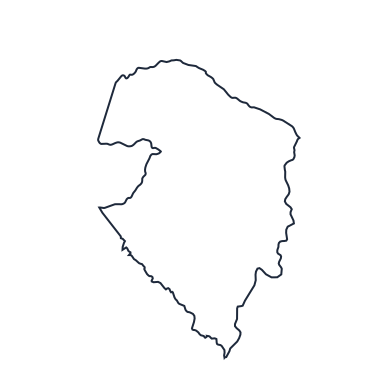 the Department of Concepción, rotated 217°
{"feature_id": "PRY-603", "entity_name": "Concepción", "entity_type": "Department", "adm_level": 1, "iso_a3": "PRY", "parent_name": "Paraguay", "parent_adm1": "", "projection": "robinson", "projection_center": [-57.042, -22.793], "detail": "fine", "context": "isolated", "style": "outline", "palette": "slate", "viewbox_px": 384, "rotation_deg": 217, "n_neighbors": 0, "source": "natural_earth", "source_scale": "10m", "svg_char_len": 4958}
<svg xmlns="http://www.w3.org/2000/svg" viewBox="0 0 384 384"><g transform="rotate(217 192 192)"><path d="M66.4,79.3L66.5,79.4L68.0,80.8L69.3,83.3L71.0,85.3L75.6,86.9L77.1,86.9L79.4,85.8L80.4,85.7L81.5,86.4L83.5,88.7L84.1,89.3L85.8,88.8L88.0,86.8L89.4,86.9L90.8,87.2L91.8,87.0L93.5,86.1L93.2,85.9L93.2,85.0L93.5,84.1L93.7,83.6L94.2,83.5L95.6,84.0L96.1,84.0L98.8,82.9L100.6,83.1L102.4,83.7L105.2,83.8L106.7,83.4L107.8,82.7L108.8,82.4L110.0,83.1L112.2,89.4L113.8,92.6L115.6,94.5L117.9,95.2L121.2,94.6L122.4,94.1L123.0,93.7L123.7,93.5L125.4,93.7L126.4,94.1L129.6,96.4L134.9,95.0L136.1,95.1L138.9,96.3L140.4,96.4L142.4,97.2L146.9,100.3L147.8,100.3L148.3,99.3L149.4,99.6L151.5,100.9L153.1,100.9L153.8,100.0L154.0,99.0L154.2,98.5L156.3,98.7L162.4,100.3L165.0,99.8L168.4,96.8L170.3,96.3L170.9,96.9L171.3,99.3L172.3,100.2L173.6,100.3L174.4,99.9L175.2,99.3L176.2,99.1L178.5,99.4L182.6,101.1L183.8,101.8L183.9,102.1L184.0,102.8L184.7,103.5L187.1,103.9L187.9,104.2L188.7,104.3L189.7,103.8L191.4,103.3L195.8,103.7L198.0,103.5L201.4,104.7L202.9,104.8L204.4,103.7L204.3,106.2L204.9,106.8L206.1,106.6L207.4,106.7L209.8,108.0L211.2,108.1L212.7,104.0L214.3,106.4L215.7,110.4L216.0,112.4L219.2,112.9L221.0,112.3L222.2,113.7L251.1,121.5L256.7,123.8L256.1,124.3L252.9,126.1L252.2,126.7L246.3,135.7L245.3,136.6L240.9,139.8L240.2,140.6L239.7,141.5L239.3,142.4L239.2,143.5L239.8,146.9L239.6,148.2L239.2,149.0L237.8,150.1L237.5,150.9L237.5,152.0L238.2,155.2L238.3,156.1L238.2,159.1L238.5,162.1L238.5,163.9L238.2,165.4L237.8,166.6L237.6,168.4L237.9,169.9L238.5,171.0L239.8,172.8L240.0,174.0L240.0,175.1L239.6,177.5L239.9,178.6L240.5,179.3L241.3,179.8L242.0,180.4L242.9,181.5L244.0,183.5L245.1,186.7L246.2,193.1L247.0,195.9L246.9,197.6L246.3,198.6L243.2,200.7L242.3,201.9L241.6,203.1L241.2,205.0L241.3,205.6L241.9,205.7L242.7,205.7L244.5,205.7L247.1,205.4L247.8,205.2L248.4,204.8L249.5,203.6L250.1,203.3L251.0,203.5L251.8,204.1L253.1,205.5L253.9,206.3L254.8,206.8L255.6,207.1L256.5,207.2L257.3,207.1L258.0,206.9L260.7,205.6L262.2,205.2L262.9,204.8L263.4,204.3L264.5,201.9L265.9,199.9L266.3,199.2L266.6,198.2L267.0,195.2L267.2,194.2L267.7,192.8L267.9,192.5L268.0,192.3L268.9,191.3L270.0,190.4L270.7,190.0L271.4,189.7L278.6,188.3L279.4,188.1L280.7,187.4L281.3,186.9L281.8,186.3L282.7,185.0L284.3,182.1L284.8,181.4L285.3,180.8L285.9,180.4L286.6,180.1L288.2,179.7L288.9,179.4L289.5,179.0L293.0,176.1L293.6,175.7L294.4,175.6L295.1,175.6L295.9,175.8L297.9,176.7L298.6,177.5L299.0,178.4L318.6,233.1L318.7,234.1L318.4,235.8L318.2,241.5L318.1,242.4L317.8,243.2L317.3,243.7L316.6,244.0L315.8,244.1L315.1,243.8L313.8,243.2L313.1,243.1L312.6,243.4L312.2,244.1L312.1,245.0L312.1,246.0L312.3,247.6L312.2,248.3L311.6,248.8L311.0,249.1L310.4,249.6L310.0,250.2L309.7,251.1L309.5,251.9L309.4,253.0L309.4,254.3L310.0,256.6L310.0,257.8L309.7,258.7L309.2,259.2L303.9,262.2L302.7,263.1L302.2,263.6L301.7,264.2L301.3,264.9L300.7,266.4L300.2,267.0L299.0,267.8L298.4,268.3L297.9,268.9L297.5,269.5L297.2,270.3L297.0,271.1L296.5,275.0L296.2,276.6L296.1,277.0L295.8,277.5L295.6,277.9L294.9,278.5L290.5,280.5L288.7,282.7L287.6,284.7L285.8,286.2L284.0,288.1L280.7,289.9L279.7,290.0L278.9,289.9L278.0,289.8L276.8,289.7L271.3,291.3L265.3,294.6L264.3,295.0L263.0,295.0L261.0,295.2L256.7,296.3L254.6,296.5L253.4,296.4L252.4,295.2L251.3,294.9L249.7,294.7L246.1,295.2L244.3,295.2L243.0,295.0L239.7,293.1L238.3,292.9L236.4,292.8L228.4,293.2L221.6,291.5L218.3,291.1L217.1,291.2L216.2,291.6L215.0,292.7L214.1,293.4L213.2,293.7L212.1,293.8L208.6,293.6L207.2,293.8L205.3,294.3L202.7,295.6L201.6,295.8L200.8,295.8L199.7,295.4L198.6,295.1L197.2,294.9L196.2,295.1L195.4,295.4L194.8,295.8L194.3,296.3L193.3,297.0L187.3,299.0L177.5,300.6L171.1,300.6L169.7,300.8L168.7,301.1L166.4,302.5L163.6,303.6L162.1,303.9L161.1,304.0L160.8,304.0L151.7,304.7L150.8,304.6L149.3,304.2L148.7,303.9L145.2,301.8L144.5,301.5L143.8,301.1L142.2,300.4L138.7,299.9L139.2,298.3L139.2,297.2L138.7,295.5L137.8,290.8L137.6,289.6L137.2,288.7L135.3,287.1L134.4,285.3L132.0,283.0L131.2,281.4L130.8,279.1L131.1,278.1L131.9,277.0L133.1,274.9L133.7,273.3L134.0,272.3L134.0,268.9L133.5,268.0L131.2,265.6L129.8,264.4L126.4,259.7L125.2,258.5L124.3,257.8L119.2,255.2L116.5,253.3L114.3,250.9L113.4,248.3L113.4,245.0L113.2,242.4L112.2,240.4L109.6,239.2L104.2,239.1L102.0,238.3L101.2,235.3L99.9,233.5L93.8,230.3L91.7,228.2L94.7,221.9L94.0,218.6L92.2,216.0L87.6,211.5L87.4,209.9L88.7,208.5L90.5,207.0L91.7,205.5L91.9,203.6L91.3,202.1L89.9,200.1L89.0,197.3L88.6,196.5L87.6,195.2L86.3,194.6L83.2,194.8L82.0,194.1L81.1,192.4L80.4,188.7L79.7,187.1L78.5,186.3L75.4,185.4L74.1,184.7L71.1,179.9L72.6,175.2L77.1,171.7L83.4,170.8L89.3,171.9L92.3,171.8L93.6,170.2L93.0,166.9L91.5,164.2L88.0,159.9L86.0,155.0L84.3,137.1L83.5,133.5L83.1,131.7L84.0,130.5L86.5,128.0L85.9,126.2L79.6,117.7L78.2,112.4L76.9,110.7L74.4,110.1L70.9,109.9L68.8,109.1L67.5,107.2L66.4,103.6L65.9,99.8L67.3,90.0L66.3,87.4L65.3,80.8L66.4,79.4L66.4,79.3Z" fill="none" stroke="#1e293b" stroke-width="2"/></g></svg>